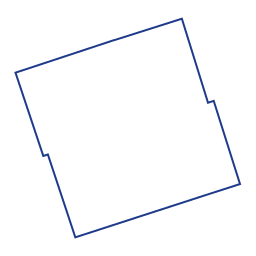 Stutsman, North Dakota, United States of America, rotated 162°
{"feature_id": "52423323B9912290141920", "entity_name": "Stutsman", "entity_type": "district", "adm_level": 2, "iso_a3": "USA", "parent_name": "United States of America", "parent_adm1": "North Dakota", "projection": "orthographic", "projection_center": [-98.962, 46.979], "detail": "fine", "context": "isolated", "style": "outline", "palette": "blue", "viewbox_px": 256, "rotation_deg": 162, "n_neighbors": 0, "source": "geoboundaries", "source_scale": "gbopen_adm2", "svg_char_len": 322}
<svg xmlns="http://www.w3.org/2000/svg" viewBox="0 0 256 256"><g transform="rotate(162 128 128)"><path d="M38.8,40.1L38.1,127.3L44.1,127.3L43.0,215.3L113.8,215.8L114.5,215.9L217.9,215.4L217.2,127.6L212.4,127.6L212.0,61.9L211.9,40.3L206.4,40.3L75.4,40.2L38.8,40.1Z" fill="none" stroke="#1e3a8a" stroke-width="2"/></g></svg>